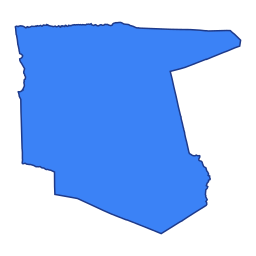 Nkayi, Matabeleland North, Zimbabwe (orthographic projection)
{"feature_id": "62879985B68584159333685", "entity_name": "Nkayi", "entity_type": "district", "adm_level": 2, "iso_a3": "ZWE", "parent_name": "Zimbabwe", "parent_adm1": "Matabeleland North", "projection": "orthographic", "projection_center": [28.451, -18.923], "detail": "fine", "context": "isolated", "style": "filled", "palette": "blue", "viewbox_px": 256, "rotation_deg": 0, "n_neighbors": 0, "source": "geoboundaries", "source_scale": "gbopen_adm2", "svg_char_len": 5147}
<svg xmlns="http://www.w3.org/2000/svg" viewBox="0 0 256 256"><path d="M206.3,205.2L206.8,204.3L206.6,202.4L205.9,201.5L207.2,199.7L205.7,196.7L205.8,195.6L205.4,194.6L205.8,189.8L207.2,188.3L207.8,186.6L206.7,185.9L206.5,185.5L206.4,185.5L207.1,183.2L208.5,181.6L208.5,180.3L210.0,179.6L210.2,178.8L209.8,178.1L209.6,175.9L208.6,175.8L208.1,175.3L208.6,174.0L207.7,172.1L206.7,170.8L206.1,168.7L206.1,168.2L205.8,167.8L204.1,166.8L203.6,166.3L203.3,165.6L202.4,163.3L202.2,162.3L202.1,162.1L201.3,161.3L201.0,161.1L200.4,161.0L199.4,160.6L199.0,160.3L198.9,160.2L198.8,159.5L198.9,158.7L199.3,158.0L199.5,157.7L199.8,157.0L199.8,156.6L199.8,155.9L199.7,155.8L199.6,155.7L199.2,155.6L198.3,155.8L198.1,155.8L197.2,155.6L196.3,155.1L196.2,155.1L195.0,155.8L194.0,155.8L192.6,155.5L192.2,155.3L191.0,154.5L189.5,153.6L189.4,153.4L189.2,152.8L189.0,152.6L188.5,150.4L186.6,141.9L185.6,138.1L184.7,134.0L184.6,132.7L184.2,131.0L183.8,130.1L183.6,128.5L183.2,127.3L182.4,123.6L181.1,118.5L181.0,116.8L180.5,115.7L178.3,106.5L176.2,96.8L173.9,87.2L172.0,78.5L170.2,71.4L180.6,68.7L185.3,67.3L205.7,59.4L206.2,59.2L206.5,59.4L212.7,56.8L216.2,55.4L223.8,52.3L226.9,51.2L234.9,47.8L239.7,46.1L240.6,40.3L240.6,40.2L234.5,34.2L232.2,32.4L230.3,30.6L226.8,30.5L208.4,31.0L205.9,30.7L205.7,30.8L200.0,30.2L190.3,29.6L180.3,29.5L170.0,29.3L159.8,28.9L139.1,28.1L138.9,27.9L137.4,27.9L136.9,27.9L135.7,27.5L133.3,26.4L131.0,25.7L130.1,25.5L128.7,24.6L127.4,24.4L125.1,24.2L123.6,23.9L122.3,23.1L121.6,22.8L121.2,22.6L120.4,22.4L118.6,22.5L118.0,22.6L117.1,22.7L115.6,22.7L114.4,23.1L113.9,23.2L113.5,23.4L112.6,24.1L112.5,24.4L112.2,25.0L111.2,25.5L110.7,25.6L109.9,25.4L109.6,25.3L108.9,25.2L108.7,25.0L108.1,24.8L107.9,24.6L107.4,24.4L107.1,24.4L106.1,24.5L105.0,24.3L103.7,25.2L102.3,25.3L101.1,24.7L100.4,24.8L99.4,25.3L98.6,25.8L97.3,25.8L96.0,24.9L95.9,24.9L95.6,24.7L94.5,25.0L93.8,25.5L91.9,24.9L91.1,23.7L89.9,24.4L88.6,24.1L87.7,24.3L86.7,24.2L85.7,24.9L83.0,24.7L82.5,24.6L81.9,24.9L81.1,24.8L80.3,24.6L80.1,24.7L79.4,24.8L78.5,24.6L78.1,24.6L77.4,24.8L76.5,24.7L75.7,24.8L75.3,25.0L75.1,25.0L74.5,24.7L74.1,24.8L73.7,24.8L73.4,25.0L72.5,25.0L72.1,25.1L71.9,25.3L71.7,25.5L71.4,25.6L71.1,25.6L70.6,25.7L70.4,25.7L70.1,25.5L69.9,25.5L69.6,25.6L69.3,25.7L68.9,25.4L68.6,25.3L67.9,26.3L67.7,26.4L66.9,26.3L66.4,26.0L66.3,25.6L66.1,25.5L65.8,25.4L65.4,25.3L65.1,25.5L64.9,26.0L64.8,26.3L64.7,26.5L64.3,26.5L64.2,26.3L63.1,26.0L62.5,25.8L62.4,25.8L62.1,26.3L61.9,26.2L61.4,25.9L61.2,25.9L61.0,26.4L61.0,26.6L60.7,27.1L60.2,27.1L59.2,26.1L58.7,25.8L58.3,26.2L57.0,26.7L56.4,26.8L55.9,26.6L55.3,26.1L53.5,26.6L52.9,26.6L52.3,26.3L50.8,26.1L50.1,25.9L48.1,25.4L47.9,25.2L47.9,24.9L47.2,24.7L46.8,24.6L46.8,25.1L46.7,25.2L45.9,25.2L44.3,25.2L44.0,25.3L43.7,25.0L43.2,25.2L42.1,26.2L41.7,26.2L40.8,25.5L40.6,25.4L40.1,25.6L39.1,26.0L38.2,26.0L37.7,25.7L37.4,25.7L36.5,26.4L36.4,26.4L36.2,26.3L36.3,26.0L36.1,25.9L35.5,26.1L35.1,26.4L34.9,26.4L32.7,26.4L31.9,26.2L29.6,27.2L28.5,27.3L28.4,27.4L28.2,27.4L28.0,26.9L27.8,26.7L27.5,26.7L27.1,26.8L26.9,27.0L26.1,27.8L25.6,27.8L25.5,27.7L24.9,27.2L24.7,27.2L23.9,26.6L22.8,26.2L22.2,26.2L21.9,25.9L21.5,26.0L21.4,26.0L20.8,25.9L20.5,25.8L20.0,26.0L19.5,26.0L19.0,26.1L18.3,26.6L18.2,26.6L17.7,26.5L16.9,26.2L16.5,26.2L16.1,26.3L15.6,26.7L15.5,26.9L15.4,26.9L15.4,27.2L15.5,27.6L15.5,27.9L15.7,28.5L15.8,30.5L15.9,31.1L15.9,31.4L16.2,34.5L16.5,35.1L16.6,35.5L17.2,39.0L17.3,39.4L17.8,43.9L17.8,44.3L18.0,44.8L18.2,45.8L18.3,46.1L19.0,49.5L19.1,50.5L19.3,51.5L19.5,51.8L19.6,53.1L19.7,53.4L20.0,53.7L20.2,53.8L20.9,54.0L21.3,54.2L21.8,54.7L22.2,55.1L22.5,55.3L22.6,55.5L22.5,56.1L22.5,56.5L21.9,57.6L21.4,58.0L21.2,58.2L20.8,58.4L19.7,58.9L19.9,60.5L20.0,60.7L20.6,62.1L20.9,62.4L21.6,63.5L24.6,68.7L24.3,69.7L23.7,71.9L23.8,73.0L23.9,73.4L24.5,74.1L24.8,75.6L25.4,76.5L25.5,77.1L25.5,77.7L25.3,78.5L25.3,78.9L25.2,79.1L25.0,79.3L24.7,79.4L24.5,79.5L24.3,79.7L24.2,79.9L24.1,81.0L24.3,81.4L24.3,81.6L23.9,82.1L23.9,82.3L24.0,83.0L24.0,83.4L24.2,83.9L24.2,84.3L24.3,84.6L24.3,85.0L24.4,85.5L24.3,85.8L24.3,86.2L23.5,87.9L23.3,88.3L23.3,88.6L23.1,88.9L22.9,89.2L22.9,89.5L23.1,89.9L22.8,90.0L22.7,89.9L22.4,89.9L22.1,90.3L21.9,90.7L21.8,90.9L21.0,91.3L20.1,91.7L19.9,91.8L19.5,91.8L18.4,91.7L18.2,91.8L18.2,92.0L18.5,92.5L19.0,94.4L19.3,96.4L20.8,99.4L21.0,112.0L21.3,120.6L22.1,148.9L22.2,149.1L22.4,152.4L22.4,152.5L22.4,158.6L22.5,159.3L22.5,160.3L22.2,162.7L22.2,163.0L22.5,163.6L22.9,163.7L23.3,163.7L24.0,163.5L24.5,163.4L24.9,163.3L25.2,163.3L25.6,163.5L26.5,164.1L27.2,164.2L28.4,164.4L29.2,164.5L30.5,164.5L32.6,165.1L33.7,165.5L34.1,165.6L34.4,165.8L35.5,166.5L36.1,166.7L36.8,166.7L37.3,166.7L38.8,166.8L39.4,166.7L39.7,166.6L40.2,166.6L40.4,166.7L40.7,166.9L41.1,167.4L41.4,167.6L42.2,167.9L43.0,167.9L43.7,168.0L44.6,168.5L45.3,169.1L45.7,169.3L46.3,169.5L46.9,169.5L47.2,169.4L47.7,169.4L49.3,170.0L50.7,170.2L54.5,172.0L54.6,186.3L54.9,194.4L71.6,197.4L77.5,198.5L91.2,204.8L103.2,210.4L111.6,214.1L126.4,219.9L126.8,219.8L139.4,224.8L152.4,230.0L161.2,233.6L179.8,222.0L182.5,220.6L182.6,220.4L187.6,217.1L194.5,212.7L205.7,205.7L206.3,205.2Z" fill="#3b82f6" stroke="#1e3a8a" stroke-width="1.5"/></svg>